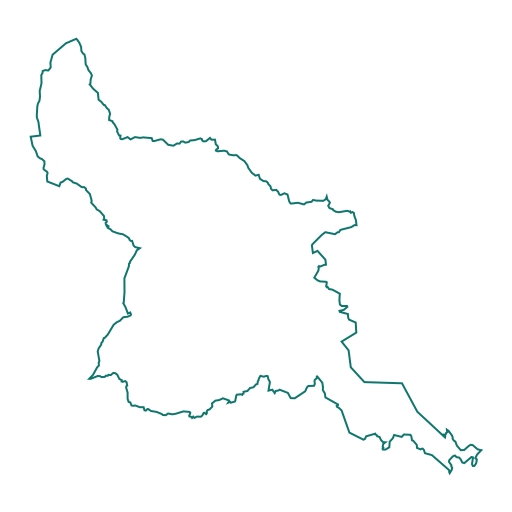 outline of Ixhuacán de los Reyes, Veracruz, Mexico
{"feature_id": "50627088B23421839832911", "entity_name": "Ixhuacán de los Reyes", "entity_type": "district", "adm_level": 2, "iso_a3": "MEX", "parent_name": "Mexico", "parent_adm1": "Veracruz", "projection": "albers", "projection_center": [-97.071, 19.373], "detail": "fine", "context": "isolated", "style": "outline", "palette": "teal", "viewbox_px": 512, "rotation_deg": 0, "n_neighbors": 0, "source": "geoboundaries", "source_scale": "gbopen_adm2", "svg_char_len": 6013}
<svg xmlns="http://www.w3.org/2000/svg" viewBox="0 0 512 512"><path d="M449.7,473.2L451.7,469.9L452.2,467.7L451.3,466.6L451.4,465.2L449.0,461.9L449.2,460.3L452.9,456.3L454.9,455.5L456.6,457.2L459.0,457.5L460.6,459.2L462.3,462.5L464.3,463.1L471.5,457.0L473.0,457.4L472.0,464.1L472.9,466.0L474.4,465.9L476.2,463.2L476.8,459.4L475.3,458.2L477.1,454.5L481.3,450.2L477.6,449.3L472.7,445.1L470.7,444.8L468.9,445.8L464.2,450.0L460.8,450.2L456.9,445.7L455.4,441.6L453.7,440.5L452.6,438.6L452.7,437.2L451.7,435.1L448.7,431.0L446.9,429.7L447.0,430.9L447.9,431.8L446.2,432.9L445.6,434.6L444.1,434.6L445.2,436.4L445.0,437.4L417.3,411.7L402.0,383.3L364.4,382.1L350.8,367.3L348.6,350.4L341.6,341.6L356.3,332.6L355.7,322.5L349.0,319.6L348.2,317.7L347.9,314.0L339.8,311.9L339.5,310.8L343.6,310.0L347.3,306.9L347.0,306.0L341.7,306.0L339.9,304.5L339.4,300.3L339.8,293.7L332.3,289.6L329.1,289.1L327.5,286.9L326.8,287.2L326.2,286.4L326.8,282.3L326.2,281.8L319.9,281.4L317.5,280.3L314.3,277.7L318.3,270.8L318.7,268.9L318.4,266.8L319.0,266.1L320.0,266.6L324.2,264.9L326.0,264.7L325.4,259.7L317.5,250.9L312.9,253.0L311.9,245.3L312.5,244.2L321.7,235.0L325.3,232.2L335.0,234.2L337.5,232.3L338.9,232.2L340.4,229.9L351.3,227.1L354.5,225.1L356.5,225.2L355.9,220.1L354.3,215.8L353.9,213.0L352.4,212.0L351.0,212.8L350.4,212.4L350.2,211.4L349.7,211.6L347.2,210.8L339.0,212.2L335.8,211.7L333.4,210.3L332.8,209.2L329.5,208.1L328.2,205.8L329.9,202.7L329.4,201.7L327.4,199.7L326.7,196.6L325.8,199.1L323.4,200.8L316.4,200.6L313.0,200.0L311.5,201.8L306.4,202.5L304.0,204.4L297.9,202.8L291.0,203.6L289.9,202.7L289.1,201.0L287.5,194.5L284.4,193.3L281.3,194.8L280.1,194.9L279.2,194.3L278.1,191.7L276.2,189.9L272.5,190.3L271.0,188.7L270.5,186.3L268.4,184.2L267.8,182.7L266.2,181.3L263.5,181.1L259.9,178.8L258.7,174.8L255.5,175.6L251.8,172.8L248.2,167.7L247.4,165.2L244.4,161.1L239.9,158.2L237.2,155.6L236.3,155.1L233.5,155.3L229.9,154.7L228.7,154.3L227.0,151.5L224.2,150.7L217.5,151.3L215.9,150.6L216.2,149.6L218.0,148.4L218.0,147.3L217.6,146.0L215.8,144.3L215.0,139.7L211.4,139.7L210.0,137.9L206.0,141.2L203.3,141.4L202.1,140.3L201.9,139.1L200.3,138.4L194.7,140.1L190.1,140.5L188.7,142.0L186.8,142.4L185.1,142.6L183.2,141.4L181.1,141.6L179.5,143.6L177.0,143.5L173.4,145.7L168.2,144.8L163.0,139.7L160.6,139.3L154.0,141.1L152.7,141.0L151.7,138.1L143.0,137.4L140.3,137.9L135.0,137.1L130.5,139.4L127.6,137.1L122.3,139.2L121.0,139.1L120.2,138.3L120.5,135.6L119.1,135.5L117.1,131.5L117.4,129.6L114.2,123.8L112.8,122.5L112.5,121.2L109.1,120.0L109.3,116.8L110.1,113.7L108.7,109.7L107.0,108.3L104.7,105.0L103.7,104.9L101.4,101.9L98.6,99.7L97.9,92.9L93.2,88.8L89.8,84.5L90.3,84.3L90.7,79.3L91.9,75.6L91.0,73.3L88.5,70.2L87.2,66.6L85.7,64.5L85.3,58.0L84.4,54.4L83.0,53.5L81.4,51.0L81.1,47.0L79.4,42.9L77.4,40.0L76.3,38.8L65.9,43.3L52.6,54.7L50.4,62.6L50.7,67.2L50.0,68.5L48.2,70.5L45.2,70.1L42.7,71.0L42.5,73.0L41.3,75.1L41.5,83.4L39.7,91.0L40.0,96.7L39.4,101.0L37.9,103.6L37.3,106.6L36.8,115.1L36.9,117.6L38.4,121.9L40.3,135.5L30.7,136.7L32.6,145.8L35.9,151.2L37.7,156.5L40.3,158.5L41.8,158.9L44.4,161.3L44.5,164.3L43.5,168.0L43.7,169.4L47.0,171.8L47.6,172.9L46.8,176.0L47.3,181.5L59.3,186.2L60.6,182.5L62.4,182.0L66.3,178.9L67.8,178.6L72.0,181.2L72.8,182.3L76.8,183.6L81.7,187.1L84.3,187.2L85.9,188.6L85.9,189.9L89.9,194.1L91.7,200.7L91.2,202.6L95.7,207.5L96.7,209.4L99.8,211.2L104.0,216.1L104.2,218.4L103.6,219.7L106.5,220.3L106.8,221.7L105.7,222.7L105.7,223.8L106.6,225.9L107.2,225.3L108.5,226.2L107.8,227.8L110.6,229.4L112.4,231.3L118.2,233.4L123.0,234.3L127.1,236.8L129.1,238.3L129.4,239.6L130.7,240.9L132.1,240.9L133.6,245.6L135.2,247.1L139.8,248.2L136.8,250.3L135.0,254.4L130.0,261.7L129.8,263.1L129.0,263.7L128.9,266.2L124.4,278.4L124.5,292.3L123.7,302.9L123.3,303.2L125.5,307.2L127.9,313.5L130.2,312.5L131.0,314.4L130.6,315.4L127.6,316.7L123.4,317.2L119.7,320.9L117.0,322.1L113.7,324.7L107.7,334.7L104.8,337.8L103.8,338.1L102.6,341.6L101.5,342.7L101.1,344.8L98.7,348.3L97.7,351.5L99.4,360.8L98.7,362.7L98.9,365.5L97.1,367.4L93.0,374.9L89.2,378.8L90.5,378.9L97.7,376.0L99.8,376.1L101.6,377.1L104.7,376.9L105.9,375.7L107.7,375.8L108.5,374.8L110.7,375.1L113.2,373.0L115.1,373.1L117.3,374.7L119.3,378.9L121.8,380.2L121.6,381.5L122.7,381.8L125.3,381.1L126.6,382.3L127.2,385.6L126.5,386.0L126.1,387.5L127.6,392.6L127.6,398.8L128.6,401.9L130.3,402.4L131.5,405.5L133.0,405.8L135.3,405.5L139.8,407.2L143.6,407.2L144.5,410.3L145.9,410.6L147.3,409.1L148.1,409.0L151.0,411.0L156.5,411.9L161.7,414.0L162.9,415.0L165.8,415.2L168.1,413.5L172.4,414.3L175.9,413.7L183.4,411.4L189.5,411.9L190.3,412.8L189.2,415.9L189.4,416.4L191.6,417.0L192.1,417.9L193.2,416.6L194.4,417.9L197.0,416.6L200.9,416.7L202.4,415.4L203.7,412.9L204.4,412.8L206.1,414.2L206.8,413.4L206.7,411.6L207.6,410.1L209.6,409.4L212.3,406.6L212.0,403.4L215.5,400.6L219.1,400.1L222.9,398.3L228.9,400.4L229.2,401.0L228.2,402.7L230.2,401.9L230.8,402.7L234.7,401.6L235.2,401.1L236.2,395.8L236.8,394.7L240.7,394.3L242.2,394.8L242.4,394.0L243.5,393.6L243.5,391.8L247.4,391.0L250.1,388.0L253.4,387.3L256.0,384.4L257.4,384.0L257.9,381.0L258.5,380.4L258.8,378.7L260.4,375.9L263.8,376.7L266.4,375.9L267.7,376.2L268.3,379.0L269.9,382.0L268.5,390.6L272.3,389.7L274.7,393.1L275.7,391.0L278.4,390.5L279.6,389.7L287.9,392.9L290.7,398.1L294.7,398.3L305.2,391.3L306.9,387.5L308.3,386.0L314.0,385.8L314.8,384.0L314.5,380.9L314.8,379.9L316.8,378.1L316.8,376.5L317.2,376.4L322.3,382.7L323.0,387.2L322.8,390.0L324.9,393.5L325.4,397.4L338.0,404.5L337.9,405.2L336.7,405.9L337.0,406.8L339.2,408.1L341.6,410.5L349.4,432.6L363.5,439.7L364.9,438.9L366.2,436.3L375.2,433.7L375.3,434.4L376.7,435.1L377.2,436.3L379.5,436.9L381.1,440.2L383.0,442.1L385.4,442.3L383.2,444.0L382.7,446.7L383.3,447.6L382.6,448.3L382.8,449.5L385.4,449.6L389.3,447.3L389.7,441.7L392.8,438.3L394.1,435.0L401.7,436.9L403.9,434.5L410.4,434.8L411.3,436.2L412.0,440.3L413.2,440.7L416.8,444.9L417.0,447.9L420.6,449.4L422.0,448.6L422.8,448.7L423.9,450.0L425.0,453.2L431.9,455.1L449.2,470.2L449.2,472.1L449.7,473.2Z" fill="none" stroke="#0f766e" stroke-width="2"/></svg>